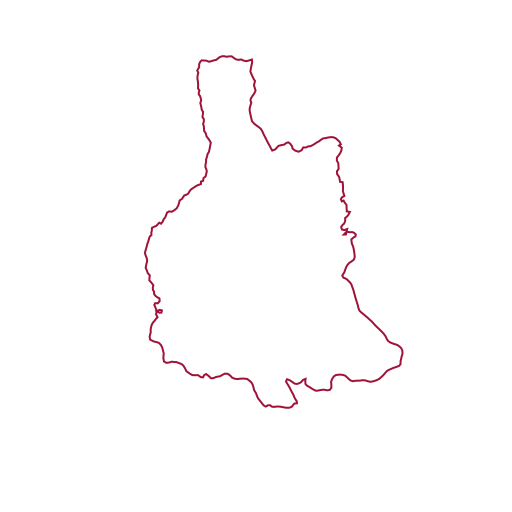 the district of Jequitaí, Minas Gerais, Brazil, rotated 316°
{"feature_id": "56859067B67502513716285", "entity_name": "Jequitaí", "entity_type": "district", "adm_level": 2, "iso_a3": "BRA", "parent_name": "Brazil", "parent_adm1": "Minas Gerais", "projection": "mercator", "projection_center": [-44.461, -17.201], "detail": "fine", "context": "isolated", "style": "outline", "palette": "rose", "viewbox_px": 512, "rotation_deg": 316, "n_neighbors": 0, "source": "geoboundaries", "source_scale": "gbopen_adm2", "svg_char_len": 5696}
<svg xmlns="http://www.w3.org/2000/svg" viewBox="0 0 512 512"><g transform="rotate(316 256 256)"><path d="M352.8,77.5L350.3,77.7L348.4,78.5L346.2,80.7L342.5,81.8L341.8,84.1L339.2,85.7L337.0,87.8L335.2,90.4L333.1,92.9L330.7,95.1L330.3,97.6L328.5,98.6L327.1,100.0L326.9,102.0L326.0,103.8L324.8,105.9L322.3,107.2L320.1,110.9L318.5,113.2L318.1,115.5L316.3,117.1L314.0,118.9L313.5,121.4L311.7,123.2L309.7,124.2L308.7,126.3L307.2,128.1L305.6,129.9L305.1,132.7L303.5,135.7L303.1,139.4L302.2,143.1L299.7,144.8L297.2,146.6L294.5,148.4L291.8,149.1L290.1,150.3L287.0,152.0L285.4,153.7L283.1,155.2L281.4,156.8L280.4,159.4L279.2,161.1L277.3,162.3L275.1,163.7L272.3,163.5L270.2,165.2L268.1,164.2L266.4,166.0L264.6,165.2L262.5,164.3L260.2,163.8L258.3,163.5L255.8,163.0L253.4,163.2L250.8,164.0L248.8,163.7L246.4,162.6L242.5,163.5L239.6,163.0L237.5,164.4L235.0,165.7L232.1,166.6L229.4,166.4L226.2,165.7L224.4,163.5L222.1,163.0L220.1,164.0L217.3,165.2L215.1,165.4L212.7,166.5L210.1,166.8L209.6,164.9L207.6,164.9L205.1,165.1L203.2,164.2L200.6,163.5L198.9,165.2L196.9,166.5L195.3,168.3L193.3,168.2L191.5,169.0L188.3,170.9L186.2,171.8L184.2,173.1L181.3,174.8L178.3,176.5L177.1,178.7L176.0,181.5L174.4,183.9L171.5,185.7L168.4,187.9L167.5,190.4L166.2,193.3L166.2,196.0L164.3,197.7L162.3,199.4L162.3,202.3L161.8,205.8L159.6,207.2L158.3,208.8L157.9,210.8L156.2,212.7L156.0,214.9L156.3,217.1L157.1,219.4L155.4,221.5L152.5,221.8L150.7,219.9L148.8,220.6L147.8,223.4L146.3,226.7L143.6,228.5L142.6,231.7L140.6,231.7L137.8,232.2L135.6,232.3L133.1,233.1L130.3,234.8L128.6,236.3L127.1,237.9L125.1,239.0L123.3,240.3L121.8,242.6L123.0,246.3L124.6,248.8L125.8,251.0L125.8,254.0L124.9,256.8L123.2,259.9L121.8,262.2L120.1,263.5L118.3,265.3L116.5,268.0L117.4,270.7L119.7,272.4L122.0,273.5L123.5,275.5L124.9,276.8L126.1,279.3L127.3,281.9L127.6,284.2L127.0,287.2L125.9,290.6L126.6,294.4L127.4,297.3L129.1,299.2L131.6,301.5L132.1,304.7L133.6,306.5L135.8,305.7L138.1,306.2L138.6,309.3L138.7,312.8L140.6,314.3L143.3,315.3L145.2,316.6L146.8,317.6L149.0,318.1L151.7,318.9L153.8,321.0L154.4,324.1L154.3,326.7L155.3,329.3L157.2,331.7L159.3,333.2L161.8,335.4L164.2,338.3L164.7,341.4L164.8,344.0L164.2,346.3L163.2,348.3L161.5,351.1L160.7,354.7L159.8,356.7L158.7,359.4L158.3,362.8L158.0,366.0L157.7,368.6L158.4,371.1L160.9,371.7L162.5,373.2L162.8,375.5L164.3,377.2L166.5,378.8L168.7,381.1L170.4,383.5L172.2,386.0L174.6,388.3L177.0,389.3L178.9,389.0L181.1,388.8L183.1,390.4L184.4,388.8L184.9,386.2L185.6,383.8L186.5,381.8L187.1,379.6L187.6,377.6L188.6,374.6L189.3,371.9L189.7,370.0L190.4,367.1L192.7,366.2L193.9,368.6L194.5,371.4L195.1,374.6L196.7,376.6L198.7,377.5L200.8,378.1L203.7,377.8L206.3,378.8L204.1,380.7L202.7,382.4L202.6,384.7L203.3,386.9L203.8,389.0L204.4,391.5L205.4,394.4L207.1,395.9L209.1,397.1L211.9,399.2L213.9,402.1L216.2,403.6L218.7,403.1L221.0,400.7L222.6,398.7L225.1,397.4L228.3,396.7L230.7,397.1L232.4,398.3L234.0,399.6L235.9,401.9L237.0,404.0L237.2,406.1L237.3,408.7L237.5,411.0L238.6,413.3L240.6,414.6L242.1,415.9L244.0,417.7L246.4,419.4L248.2,421.4L249.4,423.7L250.8,425.9L253.3,427.6L256.2,429.0L259.2,430.0L262.0,430.1L264.4,430.2L266.6,430.0L269.7,429.7L271.9,430.0L274.0,430.8L277.0,431.9L280.1,433.4L282.7,434.5L285.0,434.1L286.8,432.2L288.8,430.9L290.9,429.5L293.6,428.0L295.5,425.8L296.4,423.4L296.4,421.0L295.9,418.3L294.8,416.2L293.8,414.3L292.5,411.5L292.0,408.8L292.4,406.6L293.4,403.9L293.9,400.3L293.9,396.6L293.8,393.9L293.7,391.1L293.6,388.3L293.7,386.2L293.8,383.7L293.6,381.0L293.4,377.7L293.1,375.0L292.9,372.5L292.5,369.8L292.5,367.1L293.6,364.5L295.2,361.8L296.5,359.2L297.5,357.2L298.5,355.2L299.6,353.3L300.8,351.0L302.4,348.2L303.8,345.0L304.9,342.6L305.2,340.6L305.2,338.4L305.2,336.3L304.7,334.2L303.8,332.2L304.5,330.0L308.4,329.0L311.1,327.6L313.5,326.5L315.5,326.0L318.1,325.7L320.5,326.2L323.7,326.6L326.1,325.5L327.9,323.4L329.5,321.2L331.3,318.6L332.5,316.5L333.3,314.3L334.3,312.6L336.1,310.3L339.0,310.4L341.1,311.0L342.7,309.9L342.7,307.5L341.8,305.6L339.8,303.9L338.0,301.4L340.3,299.9L337.5,298.7L336.2,296.6L337.5,294.2L339.7,293.8L341.9,293.9L344.5,292.8L346.5,290.6L348.9,290.8L351.0,290.6L354.1,289.5L352.3,287.0L354.7,284.2L356.6,282.1L356.9,279.3L357.5,277.0L355.7,276.3L356.5,274.1L358.6,273.5L361.3,274.2L362.5,271.7L363.7,269.5L365.9,267.5L367.8,265.4L369.6,263.1L368.0,261.1L369.6,258.7L370.8,256.6L371.2,253.5L373.1,251.3L376.0,250.7L377.7,248.7L379.7,246.4L380.4,243.6L382.6,241.4L386.0,240.9L388.3,240.4L390.5,239.5L392.9,237.7L392.4,234.2L394.6,234.6L395.5,231.7L395.3,229.2L395.1,226.6L394.2,224.5L392.8,222.8L390.4,221.0L387.8,219.4L385.7,217.9L383.1,217.5L380.8,217.2L378.0,216.4L375.4,216.0L373.6,215.5L371.6,214.9L369.8,213.5L367.1,212.5L365.4,210.7L362.4,211.6L359.1,210.6L357.4,207.5L356.9,204.2L358.2,202.1L358.6,199.0L358.2,196.7L356.3,195.7L353.8,195.5L351.0,193.7L348.7,192.4L346.5,192.5L343.9,192.7L340.9,191.4L341.7,188.5L342.5,185.7L343.4,182.4L344.1,180.1L345.1,176.9L346.1,173.5L347.1,170.9L347.8,167.9L347.5,165.0L347.1,162.9L346.6,159.6L346.8,156.1L348.2,153.8L349.7,151.3L351.2,148.9L352.5,146.9L354.3,145.2L357.0,143.6L359.1,142.5L360.0,140.4L361.5,139.2L364.2,138.5L367.5,137.9L370.5,136.8L372.0,134.0L373.1,131.8L374.8,130.7L376.9,129.4L377.2,127.5L377.9,125.2L378.9,122.4L380.1,119.4L382.6,117.5L385.2,115.7L387.6,114.2L389.5,111.8L387.0,110.6L384.4,109.2L382.8,106.8L381.9,104.4L379.5,102.6L378.2,100.6L377.6,97.9L377.2,95.5L375.3,93.7L373.0,92.0L371.8,90.0L370.1,88.6L367.9,87.7L365.9,87.5L363.7,87.3L361.6,86.0L359.6,85.0L357.2,83.7L356.0,81.0L354.3,79.2L352.8,77.5ZM146.3,226.7L149.4,227.9L150.5,229.8L148.6,231.0L147.1,229.6L146.3,226.7ZM338.0,301.4L335.7,303.0L334.1,301.6L338.0,301.4Z" fill="none" stroke="#9f1239" stroke-width="2"/></g></svg>